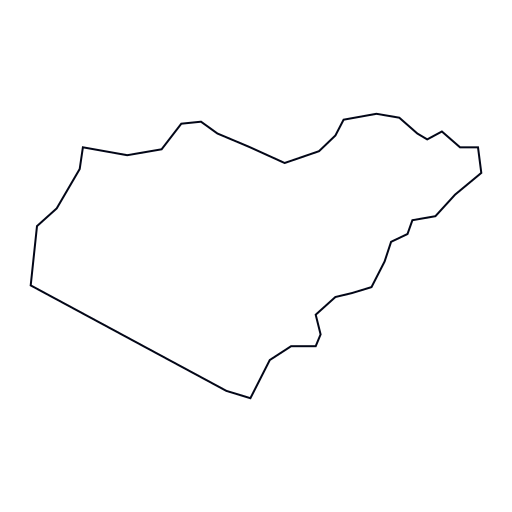 Siġġiewi, Robinson projection
{"feature_id": "MLT-5948", "entity_name": "Siġġiewi", "entity_type": "state/province", "adm_level": 1, "iso_a3": "MLT", "parent_name": "Malta", "parent_adm1": "", "projection": "robinson", "projection_center": [14.438, 35.844], "detail": "fine", "context": "isolated", "style": "outline", "palette": "ink", "viewbox_px": 512, "rotation_deg": 0, "n_neighbors": 0, "source": "natural_earth", "source_scale": "10m", "svg_char_len": 602}
<svg xmlns="http://www.w3.org/2000/svg" viewBox="0 0 512 512"><path d="M250.4,398.2L226.4,390.9L30.7,285.4L37.0,226.1L56.7,208.4L79.7,169.0L82.9,147.3L127.2,155.2L161.6,149.3L181.3,123.7L201.0,121.7L217.4,133.5L250.1,147.3L284.6,163.0L319.0,151.2L335.4,135.5L343.6,119.7L376.4,113.8L399.3,117.7L417.3,133.5L427.2,139.4L441.9,131.5L460.0,147.3L478.0,147.3L481.3,172.9L455.1,194.6L435.4,216.2L412.4,220.2L407.5,234.0L391.1,241.8L384.6,261.5L371.5,287.1L351.8,293.1L335.4,297.0L315.7,314.7L320.6,334.4L315.7,346.2L291.1,346.2L269.8,360.0L250.4,398.2Z" fill="none" stroke="#020617" stroke-width="2"/></svg>